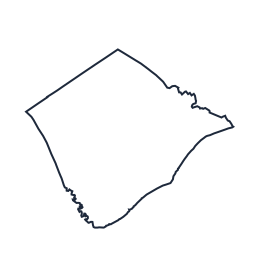 Central Badibu, North Bank, Gambia, rotated 326°
{"feature_id": "56634734B73613655778936", "entity_name": "Central Badibu", "entity_type": "district", "adm_level": 2, "iso_a3": "GMB", "parent_name": "Gambia", "parent_adm1": "North Bank", "projection": "orthographic", "projection_center": [-15.935, 13.52], "detail": "fine", "context": "isolated", "style": "outline", "palette": "slate", "viewbox_px": 256, "rotation_deg": 326, "n_neighbors": 0, "source": "geoboundaries", "source_scale": "gbopen_adm2", "svg_char_len": 3074}
<svg xmlns="http://www.w3.org/2000/svg" viewBox="0 0 256 256"><g transform="rotate(326 128 128)"><path d="M163.5,57.2L154.0,57.2L151.6,57.2L148.6,57.2L135.9,57.1L135.4,57.1L126.8,57.1L119.3,57.1L98.4,57.2L97.1,57.2L90.5,57.3L85.0,57.2L78.4,57.0L78.4,57.4L69.5,57.4L67.6,57.4L53.9,57.5L52.6,57.5L54.2,64.7L54.2,67.0L54.2,68.4L53.3,78.6L53.3,79.2L53.2,87.1L52.4,94.8L51.5,99.1L50.1,105.7L49.9,106.6L48.3,116.4L48.0,117.8L47.9,118.0L45.9,126.7L45.2,130.3L44.9,132.1L44.6,133.3L44.2,134.7L42.8,139.6L42.4,141.9L43.5,143.7L42.4,145.1L42.1,145.7L43.3,146.8L45.1,146.2L45.5,147.5L46.5,149.3L46.1,149.6L44.6,150.7L44.0,151.6L45.2,153.0L46.0,153.4L46.2,153.9L46.3,154.2L45.8,154.8L44.5,155.6L45.0,156.8L45.0,157.5L44.1,157.8L43.8,157.7L42.8,156.6L42.4,156.4L42.4,157.0L42.0,157.3L43.4,161.3L45.3,162.5L46.0,163.2L45.6,164.6L46.3,165.3L46.4,165.5L46.6,166.0L46.2,166.7L45.1,166.4L44.1,166.1L44.0,166.4L44.2,167.4L45.3,167.4L46.0,167.7L46.0,168.2L45.2,168.5L43.1,168.2L42.3,167.3L41.8,167.0L41.2,167.5L40.9,170.4L41.4,170.4L42.1,170.4L42.7,171.0L42.5,172.0L41.6,173.5L40.4,174.3L40.0,175.7L40.7,176.0L42.3,176.1L43.9,174.5L44.5,174.9L44.7,176.0L43.3,177.1L43.3,177.4L44.0,177.5L44.7,177.9L45.1,178.9L44.8,179.6L44.2,180.4L43.2,180.7L41.7,179.9L41.3,179.9L41.3,180.8L41.8,182.5L42.2,184.4L42.5,184.7L44.6,185.0L45.8,185.8L46.0,186.0L44.6,189.1L44.1,190.9L44.9,192.1L46.8,193.4L48.5,194.2L50.1,195.4L51.9,196.8L52.6,197.1L52.9,197.1L53.3,197.1L54.6,197.2L55.2,196.8L56.2,197.2L58.3,197.6L58.7,197.2L59.9,198.2L60.6,198.2L65.7,198.7L66.8,198.8L68.5,199.0L69.0,198.8L69.3,198.8L70.0,198.7L70.5,199.0L74.5,199.0L79.1,198.5L80.0,198.1L80.9,197.7L82.2,197.7L82.7,197.5L82.9,197.3L83.2,196.7L83.3,196.3L83.8,196.8L86.4,197.1L87.3,196.7L88.3,196.7L88.9,196.1L90.1,196.1L91.1,196.1L91.5,195.8L92.4,195.7L93.7,195.3L96.1,194.9L98.9,194.4L99.5,194.4L100.1,193.9L100.4,194.0L101.5,194.1L106.2,193.6L118.2,194.4L124.7,195.2L128.0,196.2L132.4,197.4L136.5,195.7L138.7,193.4L141.7,192.2L142.5,191.6L143.0,191.1L144.6,190.8L146.0,190.6L146.7,189.6L147.8,189.6L148.2,189.2L149.3,188.8L152.5,187.5L155.5,186.2L157.8,185.3L161.3,184.1L162.9,183.4L167.7,182.2L170.6,181.8L173.7,180.5L177.2,179.7L181.6,178.9L185.8,178.7L187.0,178.6L188.1,178.6L189.2,178.8L192.0,179.8L196.3,180.6L200.0,181.6L208.0,183.7L210.9,184.4L214.7,185.8L216.0,185.8L215.7,184.9L216.0,182.2L216.0,179.2L214.9,177.6L214.9,175.7L214.9,174.3L215.4,172.2L212.7,171.6L211.4,171.6L204.3,160.8L205.1,159.7L205.1,158.9L203.2,154.6L201.0,154.1L200.6,153.1L198.6,152.1L198.9,151.1L197.6,148.7L194.2,147.7L192.9,147.4L192.8,146.0L193.9,145.0L195.5,144.6L197.9,145.3L199.6,143.6L199.9,142.3L200.6,140.9L201.6,138.5L201.6,136.9L201.6,136.5L198.9,136.5L198.9,133.5L196.8,133.5L196.5,130.1L195.5,129.8L191.5,130.4L191.5,127.9L190.3,127.0L191.5,123.2L192.3,122.8L190.6,119.4L188.1,118.1L184.8,118.2L183.1,116.5L183.0,109.3L182.6,107.5L181.2,101.5L180.9,100.0L180.6,99.1L179.0,94.4L177.8,90.6L175.1,82.8L175.0,82.4L174.2,80.6L172.6,77.1L172.2,76.3L171.5,74.7L166.5,63.7L165.9,62.4L163.5,57.2Z" fill="none" stroke="#1e293b" stroke-width="2"/></g></svg>